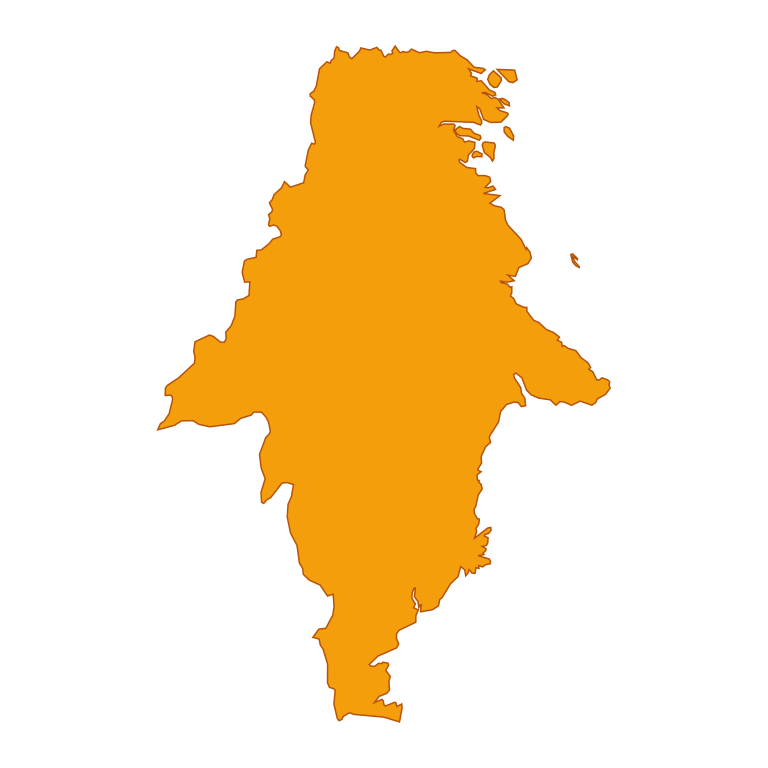 the Province of Kalimantan Timur
{"feature_id": "IDN-1185", "entity_name": "Kalimantan Timur", "entity_type": "Province", "adm_level": 1, "iso_a3": "IDN", "parent_name": "Indonesia", "parent_adm1": "", "projection": "natural_earth1", "projection_center": [116.728, 1.017], "detail": "fine", "context": "isolated", "style": "filled", "palette": "amber", "viewbox_px": 768, "rotation_deg": 0, "n_neighbors": 0, "source": "natural_earth", "source_scale": "10m", "svg_char_len": 6058}
<svg xmlns="http://www.w3.org/2000/svg" viewBox="0 0 768 768"><path d="M395.1,46.1L399.8,52.6L401.0,52.6L403.2,51.4L405.4,52.4L408.7,51.8L411.5,49.1L419.5,52.8L426.2,51.3L434.7,52.8L450.6,52.4L452.8,50.5L455.1,50.4L460.1,55.7L467.1,59.8L474.0,67.2L483.2,68.4L485.3,69.8L481.1,73.5L468.6,68.8L471.5,73.3L470.5,75.9L476.6,77.8L477.4,79.0L476.8,81.4L481.3,80.8L489.4,90.0L494.9,92.5L495.8,94.9L492.6,96.2L485.6,92.4L481.6,92.8L486.4,94.3L491.3,98.5L495.2,97.5L498.5,99.7L504.0,107.9L497.0,107.9L499.8,110.5L507.0,112.8L508.0,113.6L507.7,115.4L501.0,122.1L490.7,122.5L483.6,119.4L479.8,108.9L476.8,106.5L478.8,115.0L481.6,120.7L481.6,123.2L480.4,125.0L473.6,122.3L444.2,121.2L441.2,122.6L439.0,126.3L443.5,124.1L453.6,124.1L455.1,125.5L453.6,130.3L457.3,136.7L462.7,138.8L464.5,142.2L468.7,140.9L474.9,142.3L474.5,148.4L468.3,155.2L467.4,161.3L465.2,162.5L460.0,159.3L459.2,159.6L459.7,162.3L466.8,167.5L475.6,168.6L475.7,172.9L478.0,175.6L485.1,175.6L489.7,177.2L490.7,181.5L485.2,187.4L488.3,187.7L493.0,186.0L495.5,189.4L483.3,193.5L500.0,195.6L489.9,203.2L494.5,205.8L501.3,207.3L504.1,209.9L505.5,220.0L507.7,225.0L520.9,239.1L526.0,249.3L526.6,247.6L529.9,252.0L531.4,258.0L527.8,263.7L518.9,267.5L515.4,276.4L507.8,275.1L514.2,280.7L507.7,282.1L500.4,281.2L501.2,282.6L507.1,284.0L510.3,287.4L511.8,286.7L511.7,293.3L510.4,296.0L513.6,298.4L516.2,303.8L523.7,307.3L526.8,307.4L526.9,311.4L533.7,320.3L538.8,322.5L546.2,329.4L553.3,332.4L559.5,337.1L557.3,340.3L561.6,342.2L562.2,346.3L563.9,345.5L568.1,348.3L575.8,350.6L581.1,357.7L588.0,362.8L590.6,367.5L588.8,369.3L592.7,371.7L596.8,379.9L599.5,379.9L601.9,377.8L607.9,380.0L609.7,381.9L609.0,385.3L610.2,388.1L605.5,394.4L597.5,398.8L595.5,402.7L591.8,405.2L580.1,401.1L571.6,405.3L563.7,401.9L559.8,401.7L556.0,405.2L550.2,399.8L539.0,398.2L531.1,394.8L526.6,390.2L521.9,377.8L516.2,373.2L513.6,374.4L514.3,377.8L520.6,387.4L521.5,393.1L524.9,398.4L525.6,405.7L521.3,406.6L518.2,402.6L514.4,402.0L506.5,404.5L500.6,411.6L498.5,422.0L490.0,435.5L489.3,437.8L490.6,442.3L485.6,446.8L481.1,456.6L481.6,463.1L477.9,469.0L478.1,470.3L481.1,471.7L477.0,474.8L477.5,479.9L479.3,480.6L478.6,482.0L481.0,484.1L482.2,488.9L478.3,494.9L475.8,506.2L474.0,509.6L474.6,513.9L477.4,518.7L479.2,519.0L479.3,520.7L478.6,524.4L475.9,528.4L476.7,531.4L474.5,538.2L487.9,527.9L490.8,527.5L491.0,530.4L488.7,533.3L484.6,534.7L484.3,535.9L488.1,537.8L487.7,543.1L486.4,545.4L482.2,546.4L486.1,548.7L485.8,550.5L483.0,553.1L484.0,554.6L478.1,555.6L489.4,559.1L490.5,561.3L490.2,563.8L485.2,564.8L482.8,566.9L478.6,565.6L479.0,568.4L476.0,567.7L475.0,573.4L472.0,573.1L469.1,569.6L467.8,573.5L465.7,575.8L464.7,569.8L460.7,566.6L458.0,576.6L450.5,583.8L442.0,597.8L439.8,599.4L438.4,605.9L432.7,609.6L420.8,611.8L420.6,607.7L421.7,605.1L420.1,604.9L418.8,607.4L418.0,601.5L414.4,596.7L415.4,588.0L414.2,588.1L412.2,592.7L411.8,598.1L415.4,603.9L413.6,607.7L418.3,610.0L415.9,615.5L415.8,622.2L399.0,630.3L396.6,633.8L396.4,638.2L398.7,644.0L396.6,647.9L378.0,656.0L369.2,664.6L370.9,666.2L374.7,666.3L378.5,663.4L382.1,663.5L382.8,662.2L388.1,663.2L388.7,665.2L385.7,670.4L390.3,676.4L388.9,681.4L389.5,689.9L386.8,693.3L379.1,696.4L374.4,702.6L382.0,699.4L383.3,700.9L383.9,704.7L385.4,706.0L394.7,702.3L395.8,702.6L396.9,706.5L401.7,704.0L402.1,708.0L399.5,721.9L383.7,717.1L353.7,714.4L349.5,712.7L343.2,716.5L341.9,719.4L339.1,720.7L337.3,718.4L333.9,704.0L335.2,690.3L333.5,688.6L329.5,687.4L327.5,682.9L327.6,664.1L323.1,649.2L320.3,645.0L319.1,639.0L312.8,637.4L318.9,629.1L325.8,628.3L332.8,615.1L334.1,606.3L333.1,594.2L327.5,596.0L320.2,585.1L309.2,580.1L303.3,574.3L302.7,568.5L299.4,563.0L297.0,545.4L290.5,533.0L287.2,516.8L288.1,504.2L291.4,496.7L293.5,484.7L287.3,482.5L281.9,483.2L270.9,497.4L266.8,499.9L263.7,503.4L261.6,502.3L261.0,492.5L265.2,478.7L261.2,468.1L259.5,454.4L265.7,437.7L269.5,433.6L270.3,431.0L268.5,422.0L265.9,417.0L261.5,412.2L254.0,412.0L251.1,415.1L240.7,418.4L234.4,423.6L209.7,426.8L198.8,424.3L193.0,420.7L181.6,420.8L174.5,425.3L157.8,429.8L160.4,423.7L164.2,421.1L169.1,413.8L172.6,399.5L172.1,396.5L170.5,395.1L165.2,395.5L165.4,388.1L167.3,385.4L178.7,377.8L194.4,363.2L195.1,357.9L193.7,351.3L195.0,341.8L209.5,335.0L213.5,336.5L220.4,342.1L224.3,342.2L226.2,338.8L225.8,332.1L231.1,325.8L234.9,316.3L235.9,301.7L237.6,299.9L243.1,298.9L249.0,295.5L249.8,281.9L244.6,282.1L242.2,272.3L244.4,261.0L247.1,259.3L256.1,257.3L256.8,250.3L261.2,250.0L269.4,243.4L272.6,239.2L280.2,236.7L281.4,234.8L280.2,230.6L276.7,226.0L273.5,225.0L269.7,226.3L268.5,224.9L269.8,218.6L268.5,214.6L271.7,212.0L272.6,209.6L269.4,202.9L272.1,199.8L274.2,194.5L281.6,187.7L284.5,181.6L290.4,187.2L303.7,182.7L305.2,174.7L308.3,170.0L305.4,166.8L305.3,165.1L308.3,150.0L311.7,143.2L314.1,144.1L315.5,142.7L310.6,122.8L311.2,114.9L314.5,103.3L314.5,100.0L310.1,96.0L310.2,93.7L313.8,91.1L316.3,86.1L319.5,68.8L326.9,61.8L330.2,63.2L331.0,60.9L334.2,57.6L334.6,51.3L336.5,46.8L338.3,47.5L339.5,50.5L348.0,52.9L349.4,56.9L351.8,58.7L359.5,51.2L360.9,47.9L369.8,50.1L376.8,47.4L379.1,50.0L380.9,50.2L383.8,56.3L385.5,56.9L388.5,54.0L390.4,54.5L392.7,53.3L392.0,50.9L395.1,46.1ZM481.0,138.0L479.3,140.2L468.6,136.0L459.7,135.7L456.2,133.2L455.2,129.7L459.5,126.5L463.0,128.4L470.4,129.1L474.0,133.3L480.1,135.5L481.0,138.0ZM485.3,141.9L494.4,143.1L495.4,145.8L493.8,152.8L494.0,158.6L492.4,161.1L490.3,157.4L484.4,152.6L482.2,145.4L483.1,142.9L485.3,141.9ZM497.1,69.4L514.7,70.1L517.1,79.8L513.0,82.6L508.8,81.7L497.1,69.4ZM493.4,70.8L501.1,77.7L501.4,80.6L497.3,87.0L493.8,87.5L489.9,84.2L487.7,79.4L489.3,74.9L493.4,70.8ZM513.6,136.0L513.3,140.2L507.7,136.3L504.2,131.9L504.1,127.6L505.8,126.6L509.6,128.2L513.6,136.0ZM476.8,151.2L482.0,154.0L481.9,156.7L476.3,156.5L473.8,157.9L472.4,156.9L472.1,155.3L473.8,152.1L476.8,151.2ZM509.4,105.8L504.1,103.8L499.4,99.0L502.6,98.4L506.1,100.1L509.3,103.0L509.4,105.8ZM574.6,261.3L579.3,266.8L579.3,267.5L575.5,265.5L572.7,262.0L570.8,254.5L572.7,253.9L577.5,258.6L577.4,259.7L572.4,256.3L574.6,261.3Z" fill="#f59e0b" stroke="#b45309" stroke-width="1.5"/></svg>